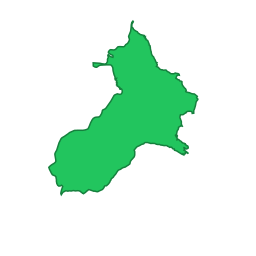 Toplet, Caras-Severin, Romania, rotated 303°
{"feature_id": "2599482B38762521341825", "entity_name": "Toplet", "entity_type": "district", "adm_level": 2, "iso_a3": "ROU", "parent_name": "Romania", "parent_adm1": "Caras-Severin", "projection": "albers", "projection_center": [22.349, 44.793], "detail": "fine", "context": "isolated", "style": "filled", "palette": "green", "viewbox_px": 256, "rotation_deg": 303, "n_neighbors": 0, "source": "geoboundaries", "source_scale": "gbopen_adm2", "svg_char_len": 5834}
<svg xmlns="http://www.w3.org/2000/svg" viewBox="0 0 256 256"><g transform="rotate(303 128 128)"><path d="M200.2,142.3L200.9,141.6L200.9,140.4L200.3,139.0L200.1,138.5L199.8,137.6L199.0,137.3L198.4,136.8L197.8,135.9L196.9,134.4L197.0,132.9L197.1,132.0L196.8,130.3L197.3,128.4L196.8,127.5L196.4,127.1L195.8,126.4L195.6,125.3L195.0,124.2L194.8,123.1L194.8,122.3L195.0,121.8L195.1,121.3L195.4,120.2L195.2,119.5L195.3,119.0L195.1,118.4L196.5,118.3L197.3,117.8L197.4,117.2L197.8,116.7L198.1,116.6L198.6,116.7L198.5,115.5L198.7,115.1L199.7,114.0L200.3,112.7L201.0,111.5L201.5,110.9L201.9,109.1L202.7,107.7L203.4,106.9L204.5,106.0L205.3,105.0L206.7,103.6L207.8,102.8L209.1,101.5L209.1,100.6L209.9,100.0L211.8,97.3L212.1,96.8L212.1,96.2L212.0,95.7L211.9,94.9L212.3,94.4L212.6,94.5L212.8,93.7L213.1,93.5L212.9,93.5L212.8,93.2L213.5,93.0L213.9,92.2L213.4,91.9L213.3,91.7L213.6,91.2L214.4,91.2L213.1,87.4L213.2,85.8L213.1,85.0L213.8,83.4L213.6,82.0L213.6,80.1L213.8,78.8L214.3,78.2L214.5,77.8L214.6,77.2L214.5,76.7L214.8,76.3L216.8,74.9L218.5,74.6L218.8,74.7L220.0,74.6L220.3,73.9L218.6,73.7L216.2,74.6L214.1,75.8L210.6,77.5L205.2,78.6L204.2,79.6L203.4,80.7L202.6,81.2L201.3,81.5L198.7,81.6L196.7,80.7L194.6,80.6L193.7,80.1L191.8,76.8L190.8,75.5L190.2,75.2L187.9,74.9L186.6,74.4L185.7,73.6L184.3,70.9L183.7,70.4L183.1,70.2L182.2,70.1L181.3,70.1L180.8,70.3L180.4,70.7L180.3,72.8L180.6,75.7L180.2,76.2L179.7,76.6L179.0,76.8L178.5,75.1L178.3,73.5L178.5,72.6L178.8,71.7L178.3,71.4L177.7,71.7L176.6,73.0L175.0,73.2L174.0,73.6L173.1,74.3L171.9,74.7L170.2,74.7L169.0,73.8L167.8,71.4L167.0,69.2L163.7,63.3L161.1,65.1L161.1,66.7L161.4,67.8L161.8,68.5L162.4,68.9L164.5,69.7L165.8,70.8L169.2,75.5L171.4,78.9L171.5,79.7L171.1,81.1L170.2,82.5L167.9,84.3L165.0,87.4L164.2,88.7L163.6,89.4L162.4,90.2L163.3,91.3L163.0,91.3L162.0,90.5L161.5,91.1L161.8,91.8L161.3,92.3L161.5,92.8L160.4,93.5L160.3,93.4L159.7,93.6L159.9,94.4L159.3,94.5L159.1,94.6L158.6,94.6L157.9,94.9L158.1,95.8L157.9,96.0L157.4,96.0L157.4,97.4L157.5,98.9L157.1,98.8L157.1,99.2L156.5,99.6L156.8,100.2L156.3,100.4L156.4,100.6L156.7,100.6L157.1,100.9L157.2,101.3L156.6,102.4L154.9,103.7L154.0,103.8L153.0,103.8L152.3,103.5L151.7,102.8L150.8,100.4L148.6,98.9L147.7,98.6L141.2,99.0L132.8,98.7L131.4,98.3L129.3,97.0L128.7,97.0L127.2,97.6L125.6,98.0L122.7,98.1L121.3,97.5L120.2,96.0L119.0,94.6L117.1,93.6L116.4,93.6L115.4,93.5L112.1,93.8L108.2,94.6L105.7,94.9L105.1,94.7L103.1,93.2L101.4,91.3L99.0,87.5L96.8,84.4L92.4,81.5L90.5,80.9L86.1,79.1L84.0,78.0L82.7,77.7L78.1,78.2L70.5,80.3L68.1,80.4L66.4,80.8L65.5,81.5L61.9,84.8L60.8,85.6L59.5,85.7L57.7,85.1L56.5,84.4L54.2,83.5L51.9,83.0L50.6,84.6L48.2,88.7L47.6,90.1L48.1,93.1L47.9,94.0L45.7,96.1L44.3,97.0L42.7,98.5L41.7,100.2L41.6,101.6L41.8,101.9L42.6,102.8L43.8,103.4L43.7,104.3L43.4,105.1L39.8,106.0L37.6,106.8L36.4,107.4L35.7,108.4L38.6,108.4L41.5,110.0L42.3,112.0L43.3,112.9L44.3,114.8L45.3,115.7L45.8,116.3L46.1,116.9L46.5,118.0L48.0,119.9L48.6,121.0L48.9,122.3L48.7,123.5L48.7,124.4L48.5,125.5L48.7,125.9L48.7,126.5L49.8,126.9L51.0,127.5L52.5,127.6L53.3,128.2L54.8,128.4L55.3,129.5L56.3,133.6L57.1,134.8L57.3,135.8L57.8,136.9L58.2,137.4L60.1,138.5L62.4,140.0L63.3,140.2L65.1,140.3L66.0,140.0L66.6,140.0L67.0,140.2L67.6,141.2L68.1,141.5L70.5,142.1L72.8,142.2L73.9,141.9L75.1,142.0L76.0,141.7L76.4,141.7L78.9,142.5L80.1,142.4L82.7,142.8L84.8,142.7L87.3,142.8L88.5,143.6L89.4,144.3L90.7,144.7L92.0,145.4L93.8,147.0L95.5,147.7L96.9,148.4L98.9,149.1L99.8,148.8L100.6,148.4L101.8,148.2L103.5,148.3L104.6,148.6L106.0,148.7L106.7,148.9L108.1,148.7L109.1,148.3L111.8,146.6L112.8,145.2L116.6,145.6L117.8,146.1L119.4,147.2L121.4,148.2L122.1,148.7L123.2,149.8L124.3,149.9L125.1,150.2L125.6,151.0L126.5,152.4L127.0,154.0L127.2,154.5L127.4,155.5L128.4,156.8L129.5,158.7L129.7,159.1L129.8,160.6L130.5,162.2L131.3,163.2L131.6,165.0L132.0,165.5L132.9,167.9L134.0,169.4L134.4,170.4L134.3,171.3L134.5,172.0L134.5,173.6L135.4,174.4L135.6,175.4L135.1,176.3L135.0,176.8L135.1,177.3L135.6,178.2L134.7,179.1L134.8,179.6L135.1,180.3L135.3,181.7L135.3,183.7L135.4,187.4L135.7,189.0L136.1,188.4L136.3,188.3L136.4,189.3L136.5,189.5L137.6,190.0L138.5,189.4L139.0,189.5L139.0,190.4L139.4,191.1L139.5,191.5L139.1,192.5L139.9,191.5L139.8,190.5L139.9,189.7L140.0,188.1L139.8,187.4L139.8,187.1L140.6,187.1L141.7,186.1L141.9,185.6L142.1,185.6L142.3,186.2L141.8,187.5L141.9,187.9L142.5,188.7L143.4,189.2L144.1,189.4L144.9,188.7L145.4,188.0L145.4,187.3L145.1,186.6L145.4,186.2L145.4,185.1L145.9,184.8L146.0,184.6L145.6,184.1L145.6,183.9L145.8,183.5L145.7,183.2L145.3,182.4L145.3,182.1L145.5,181.6L145.2,181.0L145.7,180.0L145.7,179.2L145.5,178.6L145.8,177.8L145.9,176.4L145.6,176.1L144.8,175.6L145.4,175.2L146.4,174.7L146.7,173.6L147.5,172.1L147.8,171.7L148.0,171.7L148.1,171.9L147.9,173.6L147.9,173.8L148.1,173.8L148.3,173.7L148.8,172.4L149.6,171.9L151.4,171.2L151.9,170.9L154.6,170.8L155.6,170.3L156.1,170.0L158.0,170.9L159.1,171.1L159.2,171.4L158.9,172.2L158.9,172.5L159.1,172.6L159.3,172.0L159.8,171.3L161.0,170.1L162.0,169.6L162.7,169.0L163.3,168.0L164.1,167.1L164.5,166.4L165.0,165.8L165.7,165.4L166.8,165.1L167.2,164.8L167.8,164.8L168.0,165.0L168.2,165.6L168.9,166.6L169.5,167.1L171.3,167.7L172.3,168.4L172.5,168.4L172.6,168.1L173.8,168.5L174.6,169.2L175.8,170.9L176.2,171.7L176.3,172.2L176.3,172.7L176.0,173.3L175.2,173.9L176.2,175.1L178.5,173.6L180.0,173.4L183.4,172.4L186.8,171.0L188.3,170.9L189.3,171.1L190.3,170.9L190.4,169.8L190.7,169.5L190.8,169.0L192.3,168.9L192.7,165.2L191.6,163.1L191.4,162.3L191.1,160.3L190.4,158.6L190.0,157.2L190.0,156.7L190.3,156.4L191.1,156.4L191.4,156.2L192.1,155.1L192.3,154.6L192.3,153.9L192.6,152.9L193.6,150.3L195.2,148.5L195.8,148.4L196.2,148.1L196.3,147.4L195.7,145.9L196.2,144.7L195.8,143.6L195.7,143.3L195.9,142.4L195.7,141.2L196.3,140.9L198.6,140.5L199.8,141.3L200.2,142.3Z" fill="#22c55e" stroke="#15803d" stroke-width="1.5"/></g></svg>